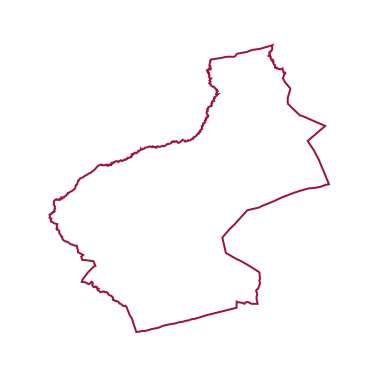 the district of Simanjiro, Manyara, United Republic of Tanzania, rotated 257°
{"feature_id": "72390352B2790991966076", "entity_name": "Simanjiro", "entity_type": "district", "adm_level": 2, "iso_a3": "TZA", "parent_name": "United Republic of Tanzania", "parent_adm1": "Manyara", "projection": "robinson", "projection_center": [37.302, -4.321], "detail": "fine", "context": "isolated", "style": "outline", "palette": "rose", "viewbox_px": 384, "rotation_deg": 257, "n_neighbors": 0, "source": "geoboundaries", "source_scale": "gbopen_adm2", "svg_char_len": 5972}
<svg xmlns="http://www.w3.org/2000/svg" viewBox="0 0 384 384"><g transform="rotate(257 192 192)"><path d="M129.1,64.4L128.7,66.3L127.3,68.6L125.6,70.3L125.4,71.0L127.1,74.0L126.5,74.6L125.4,74.8L125.1,74.8L124.6,74.1L123.2,74.0L121.9,74.4L121.6,75.0L121.6,76.3L121.2,76.2L121.0,77.3L120.7,77.0L119.3,78.6L119.3,78.0L118.8,77.9L117.3,78.2L117.1,79.0L114.9,80.3L115.1,82.6L114.7,84.2L114.2,84.2L113.9,85.0L113.7,86.2L113.0,86.7L112.6,87.4L111.4,87.3L110.6,87.8L109.4,89.1L108.9,90.1L108.1,90.7L107.5,90.6L106.8,91.4L105.2,90.6L104.7,90.7L104.2,91.3L104.2,91.9L103.0,92.7L102.9,93.8L102.5,93.8L101.8,95.2L100.6,96.1L99.6,96.2L99.0,97.5L96.5,99.3L96.0,100.5L96.3,101.3L94.9,102.3L86.1,103.6L82.0,105.0L68.1,106.2L67.7,112.5L67.1,115.1L67.5,121.7L67.3,128.9L68.2,133.9L68.0,143.0L67.7,145.1L68.0,151.0L67.6,152.7L67.9,156.8L67.7,159.4L68.1,163.2L67.8,166.5L68.7,179.0L69.2,209.3L75.1,210.9L74.4,211.8L72.8,215.8L71.3,218.0L72.3,219.0L72.3,221.7L69.6,225.0L68.3,230.8L72.7,230.8L75.2,231.2L76.7,232.1L78.7,232.7L81.4,232.2L82.5,233.3L82.7,234.5L87.0,237.4L88.5,237.9L90.6,237.7L91.9,238.6L98.0,239.6L99.0,239.2L106.0,232.4L113.4,224.5L117.0,219.9L125.0,211.3L140.8,211.3L147.5,220.5L150.8,226.0L161.8,241.8L161.8,254.2L162.5,256.2L164.6,269.6L166.4,277.7L168.1,289.6L168.8,296.8L169.3,306.0L168.3,313.7L168.2,318.6L168.9,324.0L168.8,327.2L194.6,322.9L205.3,320.1L215.7,316.2L226.4,336.6L241.3,316.5L242.4,314.3L256.2,305.4L258.0,305.4L262.7,306.7L269.8,310.8L271.0,311.0L278.3,307.2L282.6,306.1L283.6,307.1L285.9,308.2L286.5,309.5L287.3,309.6L287.6,308.6L288.2,308.0L290.3,308.2L291.3,307.9L291.6,306.5L291.8,306.7L291.6,305.6L292.3,304.8L292.3,304.1L293.2,303.3L293.5,302.2L294.0,302.3L293.9,301.8L294.4,301.6L294.6,301.0L296.8,301.4L297.9,300.5L300.5,300.1L300.6,300.8L301.1,300.8L301.6,300.4L302.3,300.5L302.4,299.3L303.1,299.6L303.3,299.0L304.8,298.7L305.9,299.1L307.0,297.8L307.0,298.5L307.2,298.8L308.3,298.6L308.7,298.1L310.6,298.9L310.4,299.3L310.8,299.3L310.9,299.8L311.4,300.0L311.4,300.6L312.1,301.6L312.5,301.5L312.8,302.0L314.1,302.7L314.7,302.5L315.7,302.9L316.3,302.5L316.9,303.2L316.2,290.7L316.9,282.3L316.1,276.9L316.6,267.6L316.3,266.3L314.9,265.1L314.3,263.4L316.0,256.2L316.1,249.7L316.8,240.1L316.1,240.0L315.4,238.9L314.3,238.9L312.1,237.6L311.3,237.6L310.8,238.1L310.4,237.4L308.1,238.2L307.3,237.8L307.4,236.1L308.2,235.7L307.3,234.9L307.2,233.9L306.1,234.1L305.6,234.8L305.1,234.3L304.4,234.4L304.1,235.4L302.7,234.9L301.8,235.4L300.5,234.3L300.0,234.8L299.2,234.9L298.5,235.9L298.2,235.0L297.6,235.3L296.7,234.1L295.4,234.9L294.1,233.3L293.1,234.3L292.6,234.1L292.2,234.5L291.5,234.5L290.0,235.7L290.1,236.2L289.2,237.5L288.1,237.6L286.4,239.1L285.8,238.7L285.2,239.4L284.7,238.9L284.2,239.4L283.7,238.6L283.3,238.7L282.2,237.5L281.5,238.3L281.4,239.3L279.9,236.8L279.2,234.9L278.1,235.2L277.6,234.1L275.9,234.1L276.1,233.3L275.7,233.0L275.6,232.0L275.0,231.7L275.2,232.3L273.9,231.6L273.9,230.9L273.1,230.6L272.3,230.8L271.8,230.1L271.4,230.1L271.5,229.1L270.9,226.9L269.2,226.2L269.2,225.5L268.8,225.7L268.0,225.2L267.5,225.4L267.5,224.9L266.6,224.2L264.8,224.1L262.8,225.1L262.3,224.1L261.7,224.3L261.6,223.5L261.1,223.5L260.8,222.0L259.2,222.0L258.8,220.7L257.3,220.7L257.1,219.8L256.5,219.7L255.8,218.8L256.1,218.2L254.1,217.5L254.1,216.4L251.6,216.2L251.5,215.7L250.8,215.5L250.8,214.8L250.1,213.8L249.5,213.9L249.4,213.5L248.9,213.4L249.1,212.9L248.4,212.6L248.1,211.8L247.4,211.7L247.6,210.9L247.1,210.6L246.9,209.9L246.0,209.4L245.1,207.3L245.2,206.9L244.7,206.6L244.9,205.7L243.6,204.9L244.0,204.5L242.7,201.6L242.8,200.5L243.3,200.2L243.2,199.7L242.8,199.5L242.5,197.3L242.8,196.6L243.6,196.7L244.1,195.5L244.9,194.8L244.6,194.5L244.4,193.4L243.2,191.7L242.9,189.6L243.8,189.4L244.4,188.4L245.0,188.1L244.7,187.2L245.3,186.2L245.0,185.7L245.7,184.9L245.5,184.1L245.2,184.1L245.4,183.6L244.5,182.8L244.0,181.1L244.3,178.4L243.6,177.5L243.0,175.6L243.0,174.4L243.6,173.7L243.2,170.9L244.2,168.8L244.1,167.7L243.2,167.5L243.2,167.0L244.8,164.8L244.6,164.2L245.2,163.8L244.8,163.4L244.9,162.5L245.7,161.8L246.0,160.6L245.6,158.6L245.7,156.0L244.9,154.9L245.0,153.6L244.6,152.7L245.5,152.1L245.0,152.0L244.1,150.4L244.2,149.0L243.5,148.9L243.5,148.3L242.4,147.1L242.4,146.1L243.1,145.5L242.4,142.6L242.1,142.8L242.2,141.9L241.8,142.0L241.4,141.5L240.9,141.8L239.5,140.4L239.8,139.4L239.4,138.1L239.7,137.3L239.3,137.4L238.4,135.1L238.9,134.5L238.5,134.1L238.7,133.4L238.2,132.7L238.0,131.5L238.5,130.8L238.2,130.1L238.9,129.5L238.4,127.6L237.7,127.1L238.7,126.3L239.1,124.5L238.8,123.2L238.2,123.0L237.9,122.0L238.5,121.4L238.5,120.2L237.6,119.5L237.0,120.0L236.5,119.5L236.7,118.2L237.2,117.9L236.8,116.9L237.5,117.1L236.5,116.4L236.7,115.6L237.5,115.8L237.5,115.3L237.9,115.0L237.6,114.4L237.9,113.6L237.7,112.2L238.2,110.6L238.8,110.6L239.2,109.8L239.0,108.1L238.4,105.9L235.8,102.3L233.3,97.1L233.4,95.9L232.1,92.7L232.0,91.5L230.9,89.2L230.5,86.2L229.7,85.4L229.1,84.0L228.6,84.1L227.9,83.1L225.7,82.0L224.7,81.0L224.8,80.5L224.6,80.2L222.4,79.2L221.2,78.0L219.9,75.0L219.7,73.4L219.1,72.5L219.0,71.1L218.7,71.1L218.3,70.1L217.7,70.0L217.8,69.6L216.4,68.1L216.3,66.5L215.4,65.9L215.9,64.3L215.4,64.2L215.7,63.9L215.4,63.9L215.3,63.3L215.1,63.8L214.9,63.6L214.9,62.4L214.3,61.9L214.5,61.7L214.2,61.3L214.5,61.1L214.2,60.8L214.9,58.4L215.5,58.1L214.6,55.9L213.5,55.1L212.5,55.3L211.1,54.4L208.7,55.2L207.1,54.5L206.6,54.8L205.5,53.8L204.2,53.8L204.1,52.6L203.4,52.8L203.0,50.3L202.2,50.1L202.2,48.7L201.8,48.0L200.3,48.1L199.0,47.4L197.5,49.0L196.5,48.5L196.3,48.0L195.4,47.8L194.7,48.1L194.0,49.5L192.6,50.4L191.0,53.5L189.2,52.5L187.1,52.6L186.8,51.7L185.5,52.1L185.1,53.1L183.7,53.9L182.4,53.5L181.2,53.6L179.6,54.4L178.7,54.4L177.3,55.5L177.0,55.1L174.9,55.4L173.7,56.0L172.9,57.3L172.2,57.7L171.3,59.6L168.2,62.3L167.6,63.7L166.0,65.8L165.7,67.6L159.7,67.7L159.0,67.3L155.1,71.8L153.9,69.5L150.4,69.8L149.5,73.1L146.8,80.3L141.8,81.3L141.5,79.6L136.9,72.3L131.2,65.5L129.1,64.4Z" fill="none" stroke="#9f1239" stroke-width="2"/></g></svg>